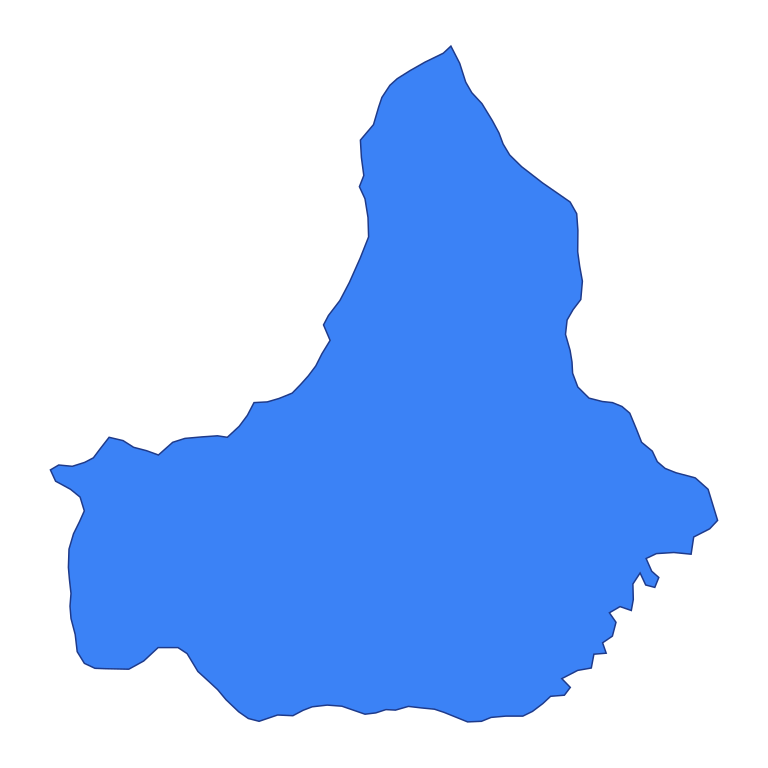 outline of Macatuba, São Paulo, Brazil
{"feature_id": "56859067B58537129130586", "entity_name": "Macatuba", "entity_type": "district", "adm_level": 2, "iso_a3": "BRA", "parent_name": "Brazil", "parent_adm1": "São Paulo", "projection": "orthographic", "projection_center": [-48.72, -22.463], "detail": "fine", "context": "isolated", "style": "filled", "palette": "blue", "viewbox_px": 768, "rotation_deg": 0, "n_neighbors": 0, "source": "geoboundaries", "source_scale": "gbopen_adm2", "svg_char_len": 2069}
<svg xmlns="http://www.w3.org/2000/svg" viewBox="0 0 768 768"><path d="M612.4,636.1L616.0,622.3L609.4,612.8L620.0,606.6L631.3,610.5L633.3,599.5L632.9,584.0L640.1,573.0L645.7,585.0L654.8,587.4L658.8,577.5L651.7,571.2L646.1,558.5L656.4,553.6L673.8,552.5L691.1,554.2L693.7,537.0L709.7,528.8L717.6,520.4L708.1,489.3L695.3,477.9L675.8,472.7L665.1,468.4L657.3,461.7L652.3,451.1L641.6,442.3L636.4,429.1L629.8,413.2L622.0,406.5L612.5,402.6L602.3,401.5L589.0,398.1L577.8,387.0L572.6,373.2L572.0,362.0L570.1,350.4L565.5,334.4L567.1,320.0L573.1,309.6L580.8,299.5L582.4,281.2L579.7,266.3L577.7,251.8L577.9,230.3L576.7,213.7L570.1,202.0L542.4,182.8L521.5,166.6L509.7,155.0L503.1,144.0L499.0,133.0L492.4,120.7L482.0,103.7L471.8,92.7L465.7,82.1L459.7,63.3L450.9,46.1L443.3,53.2L425.2,62.0L410.4,70.4L397.3,78.6L389.9,85.3L381.9,97.4L378.7,106.9L373.5,124.6L360.4,140.1L361.4,157.4L363.8,175.5L359.4,186.7L365.0,198.8L368.0,217.5L368.6,236.9L360.2,258.1L349.4,282.4L339.9,300.5L328.5,315.4L323.5,324.9L330.1,340.4L321.9,353.8L315.8,365.9L308.2,376.0L300.4,384.7L292.2,393.1L278.9,398.5L267.3,401.9L254.0,402.6L247.4,415.3L239.2,426.3L227.3,437.3L217.5,435.8L201.8,436.9L184.9,438.4L172.7,442.3L158.4,455.0L146.6,450.7L133.6,447.3L123.1,440.6L109.1,437.3L100.0,449.0L93.4,457.8L84.6,462.4L72.3,466.3L58.7,465.0L50.4,469.9L55.6,481.2L70.5,489.3L80.1,497.1L84.3,510.9L79.5,521.7L73.5,533.8L69.0,549.1L68.4,567.4L69.4,579.1L71.0,593.5L70.0,606.2L71.0,618.5L75.2,634.5L77.2,651.7L84.4,663.4L94.9,668.3L105.3,668.7L128.8,669.2L143.7,661.0L158.1,647.6L178.0,647.6L187.1,653.6L197.9,671.5L208.1,680.8L217.6,689.6L226.0,699.7L238.7,711.8L248.3,718.5L259.1,721.3L277.6,715.0L292.9,715.7L303.1,710.3L312.2,706.8L327.2,705.1L341.9,706.2L365.0,714.2L375.8,712.9L385.9,709.6L395.5,710.1L408.4,706.4L421.2,707.9L434.5,709.2L444.1,712.4L467.6,721.9L481.5,721.3L491.1,717.4L506.0,716.1L522.9,716.1L532.5,711.4L542.8,703.6L550.6,696.3L564.4,695.2L570.3,687.4L561.8,678.6L577.7,670.4L591.3,668.0L593.9,654.2L606.2,653.2L602.6,642.8L612.4,636.1Z" fill="#3b82f6" stroke="#1e3a8a" stroke-width="1.5"/></svg>